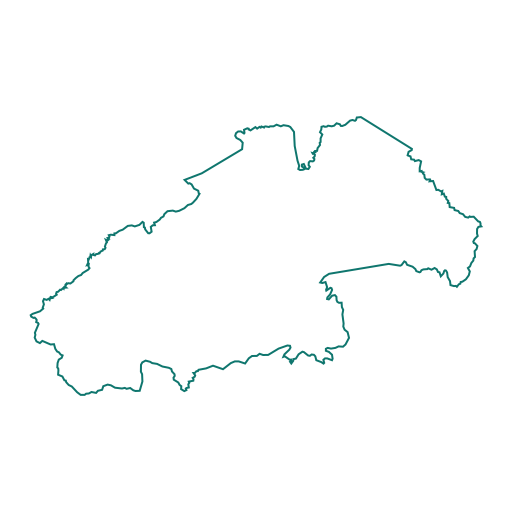 Carmen Del Darién (Curbaradó), Chocó, Colombia
{"feature_id": "7082276B82467093202899", "entity_name": "Carmen Del Darién (Curbaradó)", "entity_type": "district", "adm_level": 2, "iso_a3": "COL", "parent_name": "Colombia", "parent_adm1": "Chocó", "projection": "albers", "projection_center": [-77.0, 7.04], "detail": "fine", "context": "isolated", "style": "outline", "palette": "teal", "viewbox_px": 512, "rotation_deg": 0, "n_neighbors": 0, "source": "geoboundaries", "source_scale": "gbopen_adm2", "svg_char_len": 6025}
<svg xmlns="http://www.w3.org/2000/svg" viewBox="0 0 512 512"><path d="M80.7,394.9L84.6,394.9L86.1,393.7L88.8,393.5L91.5,392.0L96.1,392.9L97.9,390.8L102.1,389.8L103.3,386.2L107.6,384.6L110.9,385.3L115.0,387.7L122.0,388.5L124.8,387.9L126.6,388.8L130.2,388.0L133.3,390.3L135.5,391.0L139.7,390.8L142.4,381.5L142.1,374.2L140.9,371.7L141.0,364.7L142.3,362.4L145.6,360.6L150.1,361.8L152.2,363.1L157.1,363.9L162.4,366.5L168.8,367.8L171.3,369.0L172.0,371.5L174.5,374.2L174.7,375.9L173.5,377.7L173.8,379.7L178.3,382.5L179.6,384.9L181.3,386.2L181.1,389.1L184.3,391.1L186.4,390.1L185.8,388.6L186.5,388.0L188.8,387.5L188.3,384.3L189.3,382.8L188.8,381.6L193.3,380.7L193.5,379.2L192.7,377.9L194.7,376.7L195.2,375.4L193.5,373.0L194.9,372.9L196.4,371.2L197.9,371.1L198.5,369.8L206.1,368.4L213.0,365.7L223.0,369.2L230.8,363.1L234.8,361.4L238.7,361.4L245.1,363.5L248.8,358.3L252.0,356.0L256.9,355.9L259.6,353.8L263.1,355.0L268.2,354.9L278.6,348.6L287.4,345.5L290.0,345.8L290.5,347.6L289.3,349.7L284.4,354.4L283.4,356.8L284.8,356.3L289.7,359.7L291.0,359.6L290.7,360.4L291.5,361.0L290.1,361.8L291.3,363.5L293.2,360.9L293.5,359.1L295.9,358.6L298.6,354.3L302.4,351.7L303.9,352.1L308.1,355.5L309.9,355.8L311.6,354.5L313.9,354.8L315.3,356.3L316.3,360.2L321.3,362.1L323.5,363.6L324.2,362.9L323.4,359.8L325.0,358.4L327.2,358.4L332.0,360.2L332.6,358.7L332.0,354.7L328.9,351.9L325.9,350.8L325.9,348.8L327.7,347.9L331.0,348.6L335.4,347.9L338.6,346.4L343.0,346.7L345.5,344.5L349.0,337.9L347.6,332.1L344.6,329.7L343.3,326.6L343.6,323.5L342.4,314.4L343.2,309.9L341.9,307.1L341.6,302.7L339.0,302.8L337.4,301.9L336.6,300.2L336.4,296.7L334.9,295.1L332.1,295.7L328.8,299.4L327.1,299.0L327.4,297.4L330.1,294.4L332.1,289.9L331.5,288.2L330.4,287.8L326.3,290.6L326.1,289.8L327.1,287.1L325.5,282.1L322.3,283.0L320.2,282.5L324.1,277.0L329.1,273.8L388.7,263.9L400.1,265.7L401.5,265.1L404.3,261.4L405.8,262.2L407.1,264.8L412.6,266.7L415.4,269.1L416.3,271.1L419.5,272.3L420.4,272.0L421.5,270.2L423.4,269.4L427.4,269.1L428.2,268.3L431.5,269.7L434.6,268.0L436.8,269.4L438.0,272.0L439.5,272.3L440.8,276.3L443.4,273.5L444.2,271.0L445.0,270.3L446.0,270.6L447.1,272.5L447.7,277.1L450.0,281.1L450.5,285.1L454.0,286.1L455.9,285.9L456.9,286.8L458.8,284.3L460.3,283.7L460.7,282.0L462.4,281.7L465.9,279.3L468.8,275.3L469.8,271.4L467.9,268.0L470.0,266.4L471.4,262.9L473.3,260.6L473.6,258.4L475.0,257.0L474.6,251.2L476.6,249.0L477.4,246.0L474.9,243.3L473.8,243.0L473.3,241.6L474.6,239.1L477.7,236.0L477.0,233.5L477.1,229.0L478.4,226.9L481.3,226.4L480.5,225.4L480.5,223.3L479.9,221.9L478.2,221.4L473.7,216.7L470.5,216.9L469.7,216.4L468.2,217.6L465.2,216.9L463.0,214.2L459.7,213.1L458.3,211.0L454.6,210.1L454.1,207.9L449.7,207.1L449.3,203.1L447.8,202.9L448.3,201.0L446.2,198.8L446.2,196.9L444.8,196.6L443.8,193.6L441.8,194.3L442.3,190.9L441.0,191.4L438.3,189.8L436.4,190.0L433.1,181.0L429.7,181.3L430.3,180.2L430.0,179.4L426.4,179.6L424.7,177.9L424.3,174.7L423.1,173.7L422.6,172.6L423.1,172.3L421.4,171.8L421.5,171.0L419.7,171.3L419.7,168.0L421.1,161.4L418.7,160.1L414.9,161.1L414.1,159.7L411.2,159.3L410.5,156.4L407.9,155.5L407.4,156.1L408.6,151.8L411.7,150.1L411.9,148.9L360.9,117.1L356.8,117.5L356.0,120.0L355.0,120.8L352.5,120.0L350.1,120.6L345.3,124.8L342.2,126.0L340.8,125.9L339.9,124.3L336.6,123.3L334.1,125.7L331.7,126.3L328.1,125.7L326.8,126.6L324.9,126.8L323.6,126.2L321.5,126.8L321.3,129.5L320.0,132.2L322.3,134.5L320.6,138.4L320.6,142.0L319.7,142.8L320.0,145.0L317.6,148.1L317.1,150.8L315.2,151.0L315.4,152.0L314.1,151.9L313.6,153.3L312.4,153.0L312.9,153.9L314.4,153.9L314.9,154.7L314.6,156.5L313.3,157.8L314.4,159.0L314.1,160.5L312.8,161.4L310.1,161.1L308.8,162.4L308.6,165.2L309.8,166.8L308.4,169.0L306.0,168.7L303.8,164.0L301.9,164.6L301.9,166.5L304.4,168.1L304.3,169.2L302.8,169.8L300.0,170.0L298.3,169.0L299.2,165.9L297.5,160.6L294.7,146.0L294.0,131.9L290.3,127.0L288.4,126.0L283.5,125.2L280.8,126.3L276.6,124.7L273.6,126.3L270.1,126.3L269.0,127.0L265.6,126.4L264.3,126.7L264.0,127.5L261.4,126.5L260.7,127.6L259.5,126.9L257.1,128.6L255.4,127.1L250.5,130.4L248.7,129.5L248.7,128.7L247.3,128.3L244.0,129.8L244.5,132.9L244.0,133.5L240.8,131.4L238.1,131.5L236.0,133.2L235.2,135.8L236.5,138.0L240.3,140.0L242.7,142.7L242.1,149.2L201.8,173.3L184.6,179.9L188.3,183.6L189.6,183.2L191.6,184.4L194.0,188.6L198.2,190.7L198.8,193.4L199.5,193.8L196.4,198.9L192.9,202.7L191.3,204.0L187.9,205.0L184.4,208.2L179.2,210.8L175.8,211.6L172.8,210.6L167.5,211.2L164.3,214.2L163.5,216.4L161.0,217.8L159.7,219.6L156.4,222.0L154.1,222.6L154.9,225.2L152.7,225.3L150.8,226.9L151.6,231.7L149.5,233.3L148.2,233.2L145.2,229.4L144.9,227.6L143.9,227.2L143.7,222.7L142.5,221.9L139.4,224.9L134.8,226.4L131.8,225.4L127.8,225.9L122.7,229.7L119.3,230.9L115.9,233.3L114.4,233.4L114.4,235.1L110.9,234.7L108.8,235.2L109.5,236.5L109.1,237.5L107.8,237.9L108.8,238.9L108.0,239.2L108.4,239.8L107.4,240.7L105.9,239.9L106.9,242.4L106.0,243.3L104.9,246.6L105.5,247.8L104.7,249.2L102.9,249.4L102.8,250.5L100.5,251.6L99.5,253.3L98.9,253.0L98.0,253.9L96.1,254.1L95.0,255.4L93.2,254.9L93.3,254.0L91.2,255.2L91.1,256.4L90.5,255.3L90.2,257.3L89.5,257.3L88.8,259.4L88.0,259.1L88.2,262.6L87.1,265.0L88.7,264.4L88.4,266.4L89.5,268.1L88.3,269.6L82.7,273.0L81.1,275.0L78.4,276.0L75.7,278.1L73.5,280.3L73.4,281.3L70.4,283.5L68.3,283.2L67.1,283.9L66.7,283.4L65.5,284.6L65.8,285.6L64.7,286.5L66.1,287.6L63.9,287.8L63.7,288.7L63.1,288.1L61.0,290.0L60.1,289.7L58.2,291.7L56.6,292.1L56.1,293.7L56.7,294.7L52.7,297.3L50.6,296.9L50.1,297.9L50.8,298.2L50.0,298.3L49.6,299.9L48.5,298.8L46.7,299.9L44.0,299.0L43.0,301.2L43.9,304.3L42.7,307.8L43.2,308.6L40.0,311.3L32.5,313.9L30.7,315.2L31.2,316.6L33.5,317.9L34.7,317.6L36.1,319.0L36.7,320.0L36.2,322.1L38.0,322.9L38.6,324.0L34.9,332.8L35.4,334.8L34.7,337.6L36.5,341.4L39.9,343.1L42.3,340.9L50.6,344.5L54.0,344.2L55.3,348.8L57.1,351.5L58.9,352.3L60.7,354.6L62.6,355.4L61.7,357.8L58.8,359.6L57.6,363.0L57.3,367.5L58.2,368.4L58.4,370.3L58.1,374.7L62.4,376.5L64.4,380.3L65.8,380.6L66.2,382.2L68.7,385.0L71.8,386.5L77.1,392.2L80.7,394.9Z" fill="none" stroke="#0f766e" stroke-width="2"/></svg>